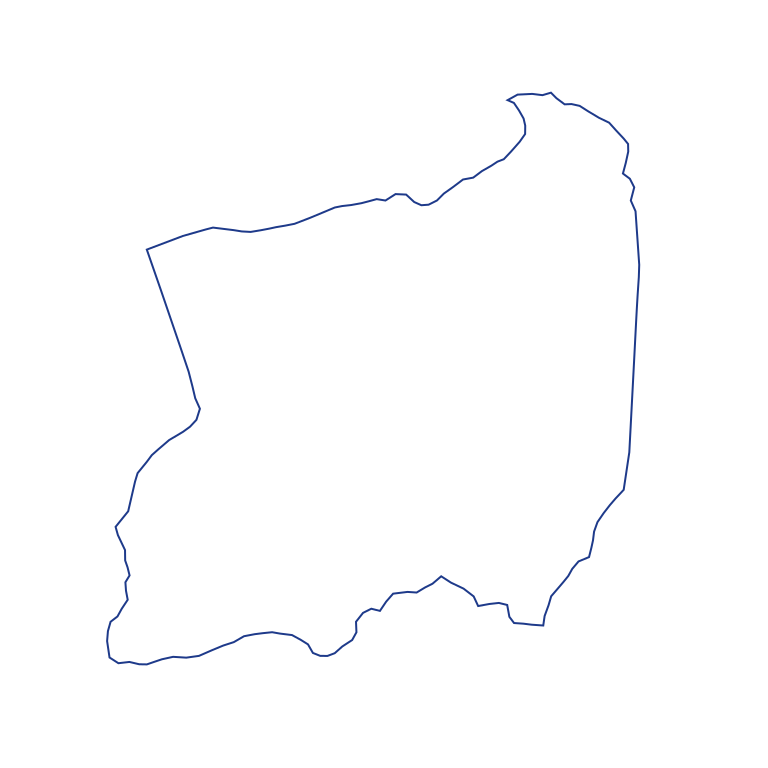 the district of Magé, Rio de Janeiro, Brazil, rotated 7°
{"feature_id": "56859067B89003269813909", "entity_name": "Magé", "entity_type": "district", "adm_level": 2, "iso_a3": "BRA", "parent_name": "Brazil", "parent_adm1": "Rio de Janeiro", "projection": "albers", "projection_center": [-43.116, -22.606], "detail": "fine", "context": "isolated", "style": "outline", "palette": "blue", "viewbox_px": 768, "rotation_deg": 7, "n_neighbors": 0, "source": "geoboundaries", "source_scale": "gbopen_adm2", "svg_char_len": 2214}
<svg xmlns="http://www.w3.org/2000/svg" viewBox="0 0 768 768"><g transform="rotate(7 384 384)"><path d="M154.4,693.5L165.2,690.9L175.2,692.0L182.8,691.2L190.2,687.6L197.1,684.3L207.9,680.5L221.1,679.7L233.5,676.4L245.7,669.2L256.3,663.2L266.4,658.5L275.8,651.4L286.1,648.1L294.0,646.1L303.2,644.0L311.2,644.4L323.3,644.4L332.6,648.1L340.3,651.7L346.2,659.6L353.8,661.6L361.0,660.8L367.9,657.2L374.6,649.6L383.6,642.0L386.9,633.8L385.2,623.4L391.1,613.7L398.8,608.6L407.6,609.7L412.7,599.7L418.6,591.0L432.7,587.5L441.8,587.0L449.6,580.9L456.5,576.3L464.2,567.9L474.7,573.0L487.9,577.4L498.9,583.9L504.5,592.9L515.4,589.5L524.7,587.3L533.2,588.3L536.8,599.8L542.2,605.4L551.5,604.9L560.0,604.9L571.5,604.3L571.7,594.7L574.3,583.5L575.8,574.3L581.2,566.2L586.1,558.8L590.3,552.1L593.4,544.5L598.7,536.4L608.6,530.8L609.8,521.2L610.5,513.7L610.5,504.9L612.7,495.1L617.8,485.3L623.0,476.6L627.8,469.4L634.8,459.8L635.8,421.9L631.1,354.6L629.0,324.7L627.9,309.2L626.4,287.9L625.7,277.6L624.9,264.9L623.9,246.9L622.8,234.6L612.6,181.9L606.6,171.8L608.4,158.3L603.0,150.3L595.5,146.0L597.0,135.3L598.1,123.6L597.0,116.0L592.0,111.2L583.4,104.0L575.6,97.2L565.0,93.6L553.5,88.5L544.3,84.1L536.0,83.3L529.2,84.4L520.3,79.3L514.2,74.5L506.1,78.0L495.8,78.0L481.3,80.5L472.1,87.2L478.7,89.2L484.7,96.1L490.2,103.5L492.7,110.4L493.6,118.7L489.1,127.1L481.7,137.9L475.5,146.3L469.5,149.5L464.0,154.2L455.3,160.7L447.4,168.3L437.5,171.4L428.3,180.3L420.2,187.7L414.2,195.4L406.4,200.6L399.3,202.0L391.8,199.7L382.9,193.3L372.3,194.1L363.1,201.7L354.2,201.4L346.6,204.5L339.5,207.3L329.5,210.4L320.7,212.5L313.7,214.8L290.5,228.0L275.7,235.9L266.5,238.9L257.7,241.5L251.4,243.7L243.0,246.4L233.1,249.3L224.2,249.9L216.1,249.6L195.2,249.6L188.1,252.4L166.3,261.6L132.2,279.5L151.3,318.4L178.3,374.1L184.0,386.0L188.6,395.6L194.1,409.6L198.4,421.2L204.3,431.0L202.2,442.4L196.7,450.0L190.4,455.9L177.6,465.8L168.0,476.3L162.2,482.9L158.1,490.1L150.3,502.5L148.8,511.2L145.6,541.5L135.0,558.5L138.3,566.4L147.2,580.4L148.6,590.7L151.8,597.2L154.8,605.0L151.5,612.3L153.1,620.6L155.9,629.4L151.1,639.0L147.8,647.2L141.6,653.3L140.1,662.9L140.5,672.9L144.9,688.9L154.4,693.5Z" fill="none" stroke="#1e3a8a" stroke-width="2"/></g></svg>